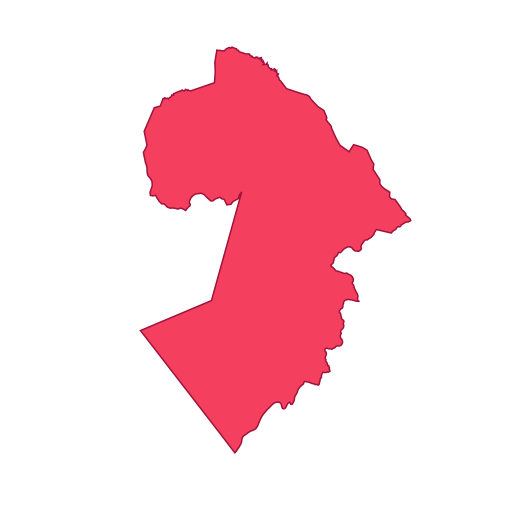 Anglimp/South Waghi District, Western Highlands, Papua New Guinea, rotated 15°
{"feature_id": "67681753B93729898494529", "entity_name": "Anglimp/South Waghi District", "entity_type": "district", "adm_level": 2, "iso_a3": "PNG", "parent_name": "Papua New Guinea", "parent_adm1": "Western Highlands", "projection": "robinson", "projection_center": [144.62, -6.074], "detail": "fine", "context": "isolated", "style": "filled", "palette": "rose", "viewbox_px": 512, "rotation_deg": 15, "n_neighbors": 0, "source": "geoboundaries", "source_scale": "gbopen_adm2", "svg_char_len": 6084}
<svg xmlns="http://www.w3.org/2000/svg" viewBox="0 0 512 512"><g transform="rotate(15 256 256)"><path d="M228.5,73.7L228.0,71.7L227.2,72.7L226.1,72.5L226.6,70.9L225.4,70.4L223.8,71.9L222.7,72.2L222.5,71.0L221.5,71.5L219.1,70.2L218.3,68.3L217.4,68.1L216.8,66.7L216.2,68.2L213.3,69.3L214.0,67.8L212.5,65.7L212.0,66.8L210.9,66.0L210.6,65.7L210.9,64.6L209.9,64.8L209.8,63.0L208.2,63.9L208.1,64.7L206.5,64.4L206.2,63.6L204.5,63.8L204.3,64.8L202.0,65.0L200.6,64.1L200.0,64.7L199.1,63.6L198.0,63.4L197.2,62.6L193.7,63.5L190.0,63.2L187.0,63.1L185.7,61.9L184.4,62.1L183.5,60.8L181.5,60.9L178.8,60.4L177.6,61.8L176.4,61.4L175.4,62.1L173.8,63.4L172.8,65.0L172.6,66.0L171.1,66.3L169.7,66.8L168.3,66.6L166.7,67.2L164.9,67.2L166.1,79.5L169.0,88.8L171.0,99.4L150.2,113.4L148.6,113.6L147.4,113.0L147.2,113.7L144.7,113.3L144.3,115.1L143.8,115.4L141.9,114.8L141.9,115.0L136.5,118.8L135.1,120.3L134.3,120.5L134.7,122.0L133.0,122.3L132.7,124.4L131.4,125.4L130.9,126.8L129.7,126.5L128.6,127.0L127.2,126.9L127.1,127.7L126.5,127.2L125.4,128.3L124.8,135.8L119.4,139.1L115.7,164.5L122.0,177.1L121.4,181.4L120.4,184.9L122.1,188.6L123.6,191.3L124.8,194.0L126.9,197.0L128.0,199.4L128.7,201.8L129.6,204.4L131.0,206.5L134.3,208.7L136.4,211.2L137.6,215.2L137.4,218.8L137.1,221.7L138.3,224.8L140.9,224.6L143.3,223.4L145.7,225.8L148.3,228.2L151.5,230.1L153.5,229.4L155.2,230.2L157.8,231.8L160.6,232.0L163.1,231.2L165.4,230.9L168.6,230.8L170.8,229.2L173.3,229.4L176.2,230.2L177.9,226.4L179.3,224.5L179.1,223.1L178.0,222.0L177.5,220.0L177.8,218.6L178.0,216.8L179.6,213.9L181.4,211.8L184.0,210.8L186.5,209.6L189.9,210.0L193.5,212.2L198.0,214.5L200.2,213.8L201.5,211.9L204.1,209.8L206.0,208.6L208.1,209.6L210.6,209.5L212.8,212.0L214.6,214.2L218.4,212.5L219.7,209.4L222.4,206.7L224.3,205.0L224.1,201.5L225.6,197.8L224.5,310.6L163.7,357.9L267.3,436.8L286.5,451.6L287.5,449.7L288.3,447.1L289.2,444.7L289.8,442.0L290.1,440.9L290.2,439.2L290.0,438.1L289.8,436.6L289.8,435.4L290.1,434.2L290.8,432.8L295.6,427.0L298.5,424.9L299.7,423.7L300.6,422.6L301.3,420.7L301.6,419.1L302.1,415.0L302.7,411.4L303.3,409.0L304.1,406.7L306.4,401.9L309.5,396.5L310.9,394.2L312.0,393.0L313.1,392.2L314.7,391.6L316.2,391.4L317.4,391.5L318.3,392.0L319.1,393.4L320.0,395.0L320.8,396.2L322.1,396.5L322.9,396.2L323.7,395.2L324.2,393.8L324.5,391.7L324.9,390.3L325.3,389.4L326.5,388.6L326.8,388.8L327.2,389.4L327.9,390.1L328.6,390.2L329.4,389.7L329.9,388.1L330.2,386.2L330.2,384.6L329.9,383.1L330.0,382.0L330.1,380.7L330.7,379.0L331.0,377.2L331.4,373.2L331.9,372.4L332.5,370.8L333.2,370.0L333.7,368.8L334.5,368.1L335.0,367.2L335.0,366.7L334.7,366.0L335.6,364.5L336.7,364.6L337.5,364.5L338.4,364.1L340.1,364.3L341.1,364.4L343.1,364.7L345.3,364.4L346.2,364.9L346.7,364.9L347.7,364.4L349.8,364.5L349.9,363.9L350.3,363.2L350.1,362.5L349.9,362.1L350.2,360.6L349.9,359.2L350.1,357.6L350.5,356.9L350.6,356.4L350.2,355.1L350.2,353.3L350.3,352.5L350.8,350.9L352.8,350.8L354.5,350.0L355.0,349.5L355.4,349.4L356.1,349.4L356.6,348.8L357.3,348.2L356.9,347.4L356.0,346.2L356.0,345.6L356.0,345.1L355.1,344.2L354.9,343.5L354.7,343.2L354.0,343.4L353.6,343.2L353.3,342.3L352.8,341.9L352.4,340.9L351.8,340.5L350.6,339.5L350.3,337.9L349.6,337.4L349.1,336.5L349.3,335.7L349.1,335.0L349.3,334.4L349.4,333.5L349.4,332.5L348.9,331.5L348.7,330.8L348.4,330.6L347.6,330.4L347.2,330.0L347.0,329.2L346.8,328.1L347.3,327.3L348.1,326.7L350.8,326.8L352.5,326.2L353.5,326.4L354.6,325.1L355.9,324.2L356.8,322.4L357.7,321.9L358.5,321.6L359.6,321.4L360.6,320.8L361.3,320.2L361.8,318.9L362.0,317.8L361.9,316.7L361.2,315.2L360.4,314.2L359.5,313.7L358.9,313.2L358.6,312.7L358.2,311.5L358.0,310.5L358.2,309.7L358.4,308.7L358.1,308.1L357.5,307.7L357.3,306.8L357.3,306.0L357.7,305.1L358.6,303.6L359.0,302.5L359.0,301.3L358.6,299.9L357.8,298.9L357.7,298.1L358.0,297.2L357.9,296.6L357.6,296.3L357.5,295.8L357.2,295.4L356.1,295.2L355.4,294.8L354.9,294.2L354.2,292.7L353.4,291.6L353.0,290.4L352.5,289.6L351.1,288.6L350.9,287.9L351.0,286.9L351.5,285.3L352.8,284.2L353.0,283.2L353.0,282.4L352.6,280.8L352.7,280.4L352.8,279.3L352.7,278.3L352.7,276.9L353.2,276.1L354.3,275.1L355.8,274.3L357.0,273.9L358.5,273.9L359.5,273.7L361.0,273.6L364.3,273.7L367.8,273.1L366.3,272.9L365.7,272.5L365.4,271.8L365.1,270.4L365.0,269.3L364.8,268.2L363.7,266.4L361.9,264.6L359.4,261.7L357.8,258.9L356.3,257.9L355.9,257.0L356.3,255.9L356.3,254.8L356.1,253.6L355.8,252.8L355.1,251.9L354.2,251.0L352.8,250.1L350.0,249.6L348.0,249.0L345.9,250.0L340.2,249.6L339.1,249.4L337.3,249.7L334.7,248.0L333.9,247.6L333.3,247.2L331.6,246.7L331.3,246.4L331.0,246.3L331.0,245.1L331.3,244.9L331.4,244.2L332.2,243.1L332.4,241.4L332.2,239.4L332.3,238.6L332.1,237.9L332.4,237.0L333.8,235.1L334.5,233.4L334.5,232.5L334.8,231.3L335.2,231.0L335.3,231.0L336.4,231.1L337.5,229.6L338.6,227.3L338.9,226.8L340.4,225.0L341.0,224.7L342.1,223.6L343.6,222.9L344.3,222.9L344.4,223.1L344.7,223.1L344.8,222.9L345.6,222.9L346.5,223.3L347.1,223.7L347.6,224.2L348.8,224.9L349.1,224.9L349.3,225.1L349.9,225.4L353.7,225.0L354.8,224.1L355.4,223.3L355.8,222.3L355.8,221.5L355.6,221.0L355.0,219.9L355.0,218.0L355.2,217.1L356.1,215.2L356.4,214.0L356.9,212.8L357.2,212.5L358.2,211.9L358.7,211.9L359.3,211.6L360.2,210.6L360.2,210.4L360.7,209.9L361.4,209.3L362.7,207.8L364.2,204.6L364.5,202.0L365.2,200.0L365.6,199.3L380.7,198.8L381.0,198.4L381.3,197.4L382.0,196.3L384.1,194.0L384.6,192.2L385.3,191.3L385.8,191.0L386.5,190.9L387.5,190.3L388.0,189.8L388.2,188.8L388.6,188.1L390.1,186.4L391.8,184.7L392.6,184.2L394.2,183.7L394.4,183.6L395.2,182.9L396.1,181.9L396.3,181.7L394.8,180.0L389.7,177.7L390.0,176.6L386.8,174.4L384.8,173.5L382.7,171.2L375.6,165.4L373.1,165.7L371.8,165.8L369.6,164.1L368.7,159.7L363.2,158.0L359.4,156.3L356.9,154.1L356.0,150.4L346.6,141.9L346.0,136.7L342.2,133.0L335.9,125.1L330.4,123.5L321.5,123.2L318.9,131.2L308.5,127.3L303.1,121.8L296.2,113.4L294.9,111.0L290.7,108.0L288.4,106.2L288.7,104.6L288.0,103.2L283.8,97.8L277.1,95.7L267.9,89.9L266.6,88.3L264.3,87.4L257.1,87.3L242.2,86.5L234.4,80.5L233.0,79.9L231.7,77.7L230.4,76.5L229.6,76.7L229.4,75.8L230.1,75.4L230.6,74.4L228.5,73.7Z" fill="#f43f5e" stroke="#9f1239" stroke-width="1.5"/></g></svg>